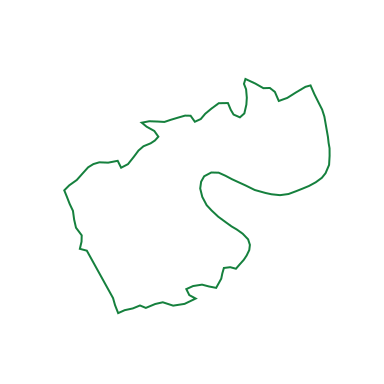 Pinheirinho do Vale, Rio Grande do Sul, Brazil (Robinson projection), rotated 108°
{"feature_id": "56859067B54224488065456", "entity_name": "Pinheirinho do Vale", "entity_type": "district", "adm_level": 2, "iso_a3": "BRA", "parent_name": "Brazil", "parent_adm1": "Rio Grande do Sul", "projection": "robinson", "projection_center": [-53.643, -27.223], "detail": "fine", "context": "isolated", "style": "outline", "palette": "green", "viewbox_px": 384, "rotation_deg": 108, "n_neighbors": 0, "source": "geoboundaries", "source_scale": "gbopen_adm2", "svg_char_len": 1663}
<svg xmlns="http://www.w3.org/2000/svg" viewBox="0 0 384 384"><g transform="rotate(108 192 192)"><path d="M54.0,112.2L56.9,116.6L65.3,124.0L73.1,130.5L78.6,137.6L71.2,144.1L69.0,150.1L71.2,156.2L69.3,165.3L68.0,176.1L73.1,176.0L77.6,172.3L85.4,169.0L92.1,167.3L101.1,166.5L106.2,169.5L105.5,176.4L101.9,180.5L96.3,185.3L99.3,194.0L106.7,199.3L113.5,203.6L119.9,206.2L124.3,211.0L119.9,216.9L121.5,222.2L125.4,228.0L129.9,234.5L133.9,239.9L135.6,246.4L137.9,254.5L141.6,261.2L143.9,255.4L145.6,246.7L149.8,241.1L154.5,243.2L158.5,246.4L163.5,252.3L169.1,255.7L176.5,258.2L185.3,261.5L190.8,266.9L185.3,272.3L190.0,280.8L192.4,289.3L195.9,294.4L200.6,298.4L208.9,302.1L216.2,305.3L223.6,310.8L229.9,314.0L235.1,309.6L241.1,304.7L246.7,299.4L254.6,295.6L261.8,291.3L267.3,283.5L273.4,281.7L280.7,281.1L280.3,273.9L317.3,234.3L323.3,230.3L330.0,224.8L325.2,219.5L321.0,212.3L316.0,206.4L316.5,200.1L309.9,192.4L305.9,185.7L305.9,174.8L300.7,164.5L292.2,155.6L290.9,162.7L286.1,167.4L281.1,161.9L277.0,153.8L276.6,146.6L275.7,139.4L265.4,137.4L260.1,138.0L254.4,138.2L251.7,132.4L251.4,126.5L246.4,124.4L240.5,121.8L235.5,120.4L229.5,119.6L224.4,120.6L219.7,124.0L216.0,130.9L213.8,137.9L212.5,143.8L210.4,150.3L207.4,159.4L203.5,167.7L200.0,174.0L193.5,180.7L186.1,185.3L179.4,186.5L173.3,185.3L167.5,179.7L165.4,172.6L166.2,165.3L167.5,157.8L168.2,151.9L169.2,143.2L170.7,132.9L170.2,121.6L169.6,115.7L167.8,107.3L164.1,99.6L159.1,93.3L154.8,88.1L150.1,82.6L144.5,77.3L138.4,72.9L132.9,70.8L123.9,70.0L115.1,72.3L107.9,74.7L103.0,77.3L97.7,79.7L91.1,83.2L79.4,89.4L73.4,93.7L68.2,98.9L61.2,105.8L54.0,112.2Z" fill="none" stroke="#15803d" stroke-width="2"/></g></svg>